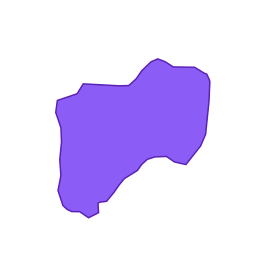 Divaca, Albers equal-area conic projection, rotated 60°
{"feature_id": "SVN-1025", "entity_name": "Divaca", "entity_type": "Municipality", "adm_level": 1, "iso_a3": "SVN", "parent_name": "Slovenia", "parent_adm1": "", "projection": "albers", "projection_center": [14.026, 45.685], "detail": "fine", "context": "isolated", "style": "filled", "palette": "violet", "viewbox_px": 256, "rotation_deg": 60, "n_neighbors": 0, "source": "natural_earth", "source_scale": "10m", "svg_char_len": 681}
<svg xmlns="http://www.w3.org/2000/svg" viewBox="0 0 256 256"><g transform="rotate(60 128 128)"><path d="M145.2,44.4L172.2,63.9L179.8,74.0L188.6,96.1L180.7,104.7L171.9,108.9L166.5,119.1L164.8,126.9L166.4,134.4L169.5,141.1L170.0,156.5L172.8,163.9L176.7,172.3L180.8,183.2L178.0,189.8L178.3,191.7L186.6,195.8L186.0,207.0L176.3,211.7L172.2,218.6L167.9,221.5L162.6,223.1L147.2,219.9L135.8,210.0L121.3,202.9L106.9,192.6L94.3,186.0L78.4,182.8L68.8,175.4L72.9,154.9L67.4,144.7L87.4,114.0L91.6,106.1L89.5,96.3L85.3,87.5L82.2,75.1L83.0,67.7L89.0,62.8L97.7,58.3L108.7,40.0L118.7,34.5L120.6,32.9L126.0,33.3L128.7,33.9L145.2,44.4Z" fill="#8b5cf6" stroke="#5b21b6" stroke-width="1.5"/></g></svg>